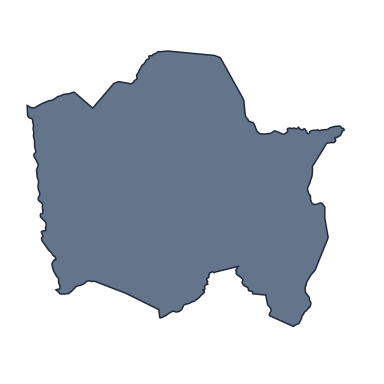 outline of San Luis, Santa Bárbara, Honduras, rotated 85°
{"feature_id": "27666195B34299357047893", "entity_name": "San Luis", "entity_type": "district", "adm_level": 2, "iso_a3": "HND", "parent_name": "Honduras", "parent_adm1": "Santa Bárbara", "projection": "mercator", "projection_center": [-88.473, 15.119], "detail": "fine", "context": "isolated", "style": "filled", "palette": "slate", "viewbox_px": 384, "rotation_deg": 85, "n_neighbors": 0, "source": "geoboundaries", "source_scale": "gbopen_adm2", "svg_char_len": 5954}
<svg xmlns="http://www.w3.org/2000/svg" viewBox="0 0 384 384"><g transform="rotate(85 192 192)"><path d="M203.9,345.0L205.2,343.6L206.9,342.5L208.7,340.9L210.3,340.2L210.8,340.0L213.3,340.4L214.2,340.9L215.1,341.2L216.7,341.0L217.7,341.3L217.7,341.5L217.7,343.3L218.0,345.1L218.4,345.5L219.4,345.5L221.7,344.6L223.6,344.5L224.2,345.6L224.7,345.9L225.3,346.0L227.3,345.8L237.7,339.7L240.5,337.2L243.1,336.0L243.7,335.4L244.0,334.6L244.5,334.1L247.1,333.4L247.6,333.4L247.8,333.8L247.8,334.3L247.5,334.7L247.5,335.0L248.7,336.1L249.8,336.9L250.8,337.5L251.7,337.8L252.6,337.8L255.8,337.4L258.7,336.7L264.2,334.3L265.7,333.1L266.7,332.4L267.6,332.5L268.8,332.7L270.7,332.7L272.1,332.5L273.3,332.0L276.1,331.8L276.7,332.2L277.1,332.6L277.3,335.2L277.6,336.1L278.6,335.2L279.1,334.1L279.3,334.0L279.6,334.2L279.8,334.1L281.1,332.9L281.9,332.5L282.1,331.3L282.4,330.6L282.4,328.7L282.6,327.9L282.4,325.9L282.6,324.0L282.2,323.3L281.3,322.2L280.7,320.9L276.4,316.0L275.8,315.1L275.0,310.3L274.3,308.3L273.7,307.2L273.0,306.1L272.5,305.7L272.1,305.1L271.7,303.7L271.5,302.3L271.5,301.7L271.8,300.9L272.5,299.8L272.3,297.7L272.4,296.9L287.0,267.0L306.3,235.3L314.3,235.1L314.6,234.8L314.7,234.2L314.2,232.3L312.7,228.6L310.7,225.3L309.1,221.6L309.3,220.5L310.1,218.5L310.2,217.8L310.1,216.3L309.8,215.1L309.0,213.6L308.0,212.4L305.0,210.6L303.6,209.6L302.7,204.5L301.3,201.1L301.2,200.0L301.0,199.2L300.6,198.5L298.1,194.4L295.8,192.0L293.6,189.0L293.1,188.6L292.5,188.4L291.8,188.6L290.9,189.7L290.5,189.7L290.2,189.0L290.4,188.2L290.0,187.8L289.0,187.5L287.7,187.7L286.8,187.5L286.4,187.2L285.8,186.3L285.3,184.8L285.1,184.3L284.6,184.4L284.2,184.9L283.7,185.2L282.6,184.1L280.9,184.9L279.8,185.0L279.2,184.1L279.0,183.3L278.6,182.8L277.8,182.5L276.5,182.7L276.0,182.3L275.5,181.8L274.3,181.6L274.2,181.4L273.6,179.5L273.3,179.1L273.2,178.6L273.4,178.1L274.2,177.1L274.4,176.8L273.8,176.0L270.2,152.6L272.3,153.9L272.9,154.8L273.5,155.1L274.4,155.2L274.8,154.9L275.6,154.7L276.6,155.1L277.2,155.1L278.8,153.8L280.2,152.0L282.5,149.7L283.4,149.1L284.3,149.0L285.7,149.8L287.0,149.9L288.4,149.4L289.1,148.9L290.1,148.0L291.6,145.4L292.4,144.7L293.4,144.3L294.1,144.4L295.1,144.2L295.7,143.2L296.0,141.4L296.2,140.8L296.7,140.6L298.1,140.5L298.7,140.3L301.1,127.5L305.5,127.1L311.1,126.4L313.5,124.6L315.0,123.8L315.8,123.5L316.6,123.5L317.6,123.9L320.6,125.6L321.9,125.7L334.8,102.8L333.7,101.2L332.6,97.6L332.2,96.9L327.9,94.1L325.2,93.2L324.5,92.6L323.8,91.7L321.7,90.7L320.4,88.7L319.2,87.5L316.4,84.2L313.8,83.4L312.4,83.2L310.5,84.3L309.3,84.4L308.0,84.3L306.8,84.6L302.1,87.6L300.1,87.7L297.1,87.7L296.0,87.2L295.1,86.5L293.1,86.1L290.9,85.0L284.6,80.4L280.8,76.3L251.5,61.4L249.0,60.3L229.7,62.0L218.6,61.0L215.3,62.9L214.6,63.6L214.2,64.3L214.0,65.2L215.0,68.2L215.2,71.0L214.8,71.9L213.2,73.7L212.7,74.0L209.1,74.6L206.1,74.3L205.6,74.6L204.8,75.3L204.3,75.6L202.1,76.2L199.4,76.7L198.8,76.7L198.2,76.6L196.1,75.5L193.1,73.7L190.9,73.0L187.8,71.5L185.3,70.8L183.8,70.5L179.0,69.9L177.3,70.0L159.7,56.8L157.4,55.4L155.4,53.7L155.0,52.7L154.9,48.8L155.1,47.4L155.1,46.3L154.8,45.7L154.3,45.0L153.5,44.5L152.7,44.4L152.0,44.6L151.3,45.1L150.7,45.0L150.5,44.5L150.2,42.1L149.5,41.8L149.1,40.1L148.6,39.2L147.9,38.7L146.5,38.1L145.7,37.2L144.5,37.3L144.2,36.9L144.0,35.6L143.5,34.9L143.3,34.9L141.8,35.7L141.6,37.1L140.4,37.6L139.1,39.1L139.1,43.7L139.5,46.1L140.0,48.8L140.3,49.5L141.2,50.9L141.6,52.3L141.4,54.5L141.5,57.4L141.6,58.2L142.0,58.8L142.1,59.4L142.0,59.7L141.1,61.1L141.2,64.2L141.1,67.0L141.9,69.2L142.6,69.6L143.5,69.9L144.0,70.5L144.1,71.2L143.8,71.7L143.3,72.2L142.9,72.4L142.1,72.4L141.2,73.0L139.7,73.6L138.9,74.3L138.7,74.9L139.5,75.9L139.7,76.8L139.6,77.3L138.9,78.6L138.1,79.6L137.6,80.0L136.9,79.9L136.7,80.1L138.0,82.2L138.1,82.7L138.1,83.1L137.6,83.7L137.1,84.7L137.5,86.5L136.9,88.6L136.9,90.0L137.0,90.8L137.3,91.3L137.6,91.6L138.0,91.6L138.6,91.4L139.3,91.3L139.9,91.5L140.5,92.0L141.1,92.7L141.6,93.6L142.1,94.9L142.4,95.9L142.3,96.6L140.4,99.7L138.7,103.0L138.4,104.0L138.4,104.7L138.6,105.5L140.1,107.6L140.5,109.1L140.4,111.1L140.6,114.8L140.0,118.9L139.8,119.6L137.5,121.7L136.4,122.3L129.9,124.1L129.0,124.6L128.3,125.1L128.0,125.6L127.6,126.9L127.0,127.7L126.6,129.1L126.1,129.4L124.9,129.8L122.5,131.5L121.0,132.0L119.5,132.2L116.6,132.3L105.6,132.4L103.1,133.1L60.6,152.1L57.9,157.9L49.5,203.5L49.4,208.6L49.6,211.2L49.2,213.3L50.9,216.3L51.4,218.3L52.0,219.3L52.8,220.0L52.6,222.2L52.7,222.7L52.9,223.1L53.2,223.2L54.7,223.1L55.4,223.3L55.9,224.0L56.1,225.2L56.5,225.9L57.5,226.8L59.2,227.7L59.7,228.2L60.4,229.0L61.4,230.8L62.3,231.4L63.4,231.9L66.5,234.2L67.7,234.5L68.3,234.9L70.3,236.7L71.2,237.1L73.7,236.9L74.6,237.1L75.0,237.6L76.0,239.7L77.2,240.4L78.2,241.5L78.6,242.1L78.7,242.7L78.7,244.2L77.4,248.3L77.0,250.4L76.1,253.5L75.8,254.9L75.9,256.7L76.9,259.6L76.9,260.3L99.8,283.6L82.3,300.6L82.4,302.1L83.0,304.3L83.4,306.3L83.6,311.6L85.1,315.7L85.2,316.3L85.0,316.6L85.1,317.1L85.5,318.0L86.4,319.3L88.2,322.8L88.4,323.7L88.7,326.9L89.8,330.7L91.4,335.0L93.2,339.2L93.5,339.8L94.0,340.3L94.5,342.0L94.0,345.0L93.5,345.8L91.6,348.2L91.4,348.7L101.8,349.1L102.7,348.6L103.8,347.7L104.3,347.0L104.7,345.8L105.2,345.2L105.9,344.6L106.5,344.5L108.5,344.7L110.0,344.3L111.4,344.1L112.2,344.1L113.6,344.5L115.6,344.8L118.9,344.4L121.6,345.0L122.4,345.1L123.7,345.0L126.8,344.4L131.1,344.7L133.0,344.8L135.6,344.5L137.1,344.1L137.8,344.1L139.1,344.4L140.5,346.1L141.1,346.3L142.0,346.4L143.6,346.1L146.3,344.6L147.6,344.2L150.4,343.0L151.8,342.9L152.6,343.0L156.3,344.9L157.4,345.0L159.6,344.9L162.6,345.0L163.9,344.9L166.7,344.1L168.4,344.0L169.4,344.1L172.4,344.9L175.3,344.9L176.6,344.7L179.7,343.8L180.9,343.8L181.8,344.1L184.3,345.6L185.8,345.9L186.5,345.8L187.1,345.5L190.1,342.6L190.9,342.1L191.5,341.9L192.0,342.0L192.8,342.3L193.3,342.4L197.2,342.3L199.1,342.3L200.0,342.5L200.3,342.8L200.4,343.9L200.7,344.6L201.2,345.0L201.7,345.1L203.9,345.0Z" fill="#64748b" stroke="#1e293b" stroke-width="1.5"/></g></svg>